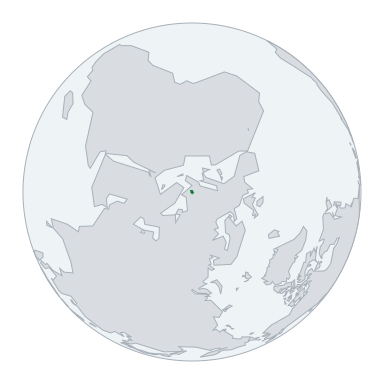 the Earth from above Pazardzhik, rotated 149°
{"feature_id": "BGR-2234", "entity_name": "Pazardzhik", "entity_type": "Province", "adm_level": 1, "iso_a3": "BGR", "parent_name": "Bulgaria", "parent_adm1": "", "projection": "orthographic", "projection_center": [24.121, 42.158], "detail": "fine", "context": "on_globe", "style": "filled", "palette": "green", "viewbox_px": 384, "rotation_deg": 149, "n_neighbors": 0, "source": "natural_earth", "source_scale": "10m", "svg_char_len": 10909}
<svg xmlns="http://www.w3.org/2000/svg" viewBox="0 0 384 384"><g transform="rotate(149 192 192)"><circle cx="192" cy="192" r="169" fill="#eef3f6" stroke="#a8b0b8"/><path d="M128.0,35.6L133.7,34.0L128.9,35.7L131.6,35.1L137.8,33.1L141.2,31.9L158.9,30.0L179.5,28.0L185.7,26.5L184.6,27.9L196.2,24.8L207.2,24.9L194.9,25.5L193.8,26.2L201.3,26.4L201.8,27.2L205.7,27.9L205.5,29.0L198.4,29.7L198.1,30.6L203.5,30.7L206.7,32.2L198.9,31.8L203.8,34.5L192.7,37.1L171.8,36.6L165.7,40.4L144.5,46.6L146.5,47.6L139.7,51.1L139.5,53.6L135.7,54.4L138.9,55.8L142.5,54.6L145.1,54.9L145.3,56.4L140.4,57.5L139.6,57.0L138.2,58.1L135.7,58.1L137.1,59.0L131.1,60.5L137.3,61.3L132.7,64.4L128.7,64.8L128.8,61.7L119.7,56.4L115.6,56.5L109.8,59.4L99.4,70.9L95.0,72.6L89.3,77.1L91.8,77.4L97.2,74.0L100.4,75.9L106.6,72.0L108.8,72.4L115.3,69.9L114.6,73.7L110.4,78.8L105.0,81.2L103.0,83.7L108.4,84.4L98.6,92.2L92.5,103.5L90.0,105.4L84.5,103.1L83.9,95.1L76.9,93.6L81.7,98.2L75.2,103.5L74.2,106.0L74.7,108.1L77.3,107.6L75.1,110.4L69.5,106.5L71.4,103.9L73.2,105.0L72.8,101.5L69.0,99.6L66.0,102.7L63.5,97.7L61.3,100.0L59.5,100.5L63.2,96.9L56.6,103.4L53.1,100.9L44.0,113.0L52.6,99.4L55.5,94.3L58.2,89.6L56.7,91.4L62.4,83.7L63.1,82.8L72.2,72.8L82.1,63.7L92.7,55.3L103.9,47.8L115.7,41.2L128.0,35.6ZM28.1,150.8L28.2,150.5L27.9,153.7L26.0,160.9L27.2,157.8L26.0,164.6L26.4,176.5L25.9,177.2L25.9,196.1L28.9,211.3L29.6,219.3L28.9,221.2L30.6,226.2L30.7,228.4L40.2,247.7L47.3,261.5L48.6,268.9L45.6,270.8L49.9,283.1L48.4,281.1L42.3,270.4L37.0,259.3L32.5,247.8L28.9,236.1L26.1,224.1L24.2,211.9L23.2,199.7L23.1,187.4L23.9,175.1L25.6,162.9L28.1,150.8ZM41.7,116.3L35.2,133.2L36.5,127.5L38.8,122.5L42.0,115.1L43.9,110.9L41.7,116.3ZM44.2,115.0L45.1,112.6L44.5,114.5L44.2,115.0ZM142.6,31.4L137.8,33.0L132.1,34.7L136.0,33.2L142.6,31.4ZM153.6,29.1L151.5,29.9L148.7,29.9L150.8,29.4L153.6,29.1ZM190.1,25.4L186.1,25.6L189.8,25.2L190.1,25.4ZM206.2,27.8L207.2,27.6L208.8,28.1L206.2,27.8ZM115.2,68.1L115.2,69.0L114.0,69.0L115.2,68.1ZM118.0,66.3L116.6,65.6L117.7,64.6L118.6,65.1L118.0,66.3ZM210.1,30.4L212.4,31.4L208.8,30.4L210.1,30.4ZM119.5,67.4L119.9,63.1L121.9,61.5L126.8,61.9L119.5,67.4ZM212.9,32.2L218.5,35.1L221.2,34.7L216.8,37.9L213.5,34.1L208.7,32.8L212.1,32.9L212.9,32.2ZM143.5,53.6L139.7,54.9L142.7,52.5L143.5,53.6ZM144.8,52.0L150.2,44.9L155.9,43.9L152.9,46.4L160.2,44.3L160.4,47.3L156.4,49.1L152.7,49.1L155.6,50.3L144.8,52.0ZM213.4,39.4L213.7,40.4L212.1,39.5L213.4,39.4ZM146.4,54.8L146.9,53.3L152.0,52.4L151.7,55.2L150.2,54.6L146.4,54.8ZM162.1,42.5L165.8,42.4L166.9,44.8L168.5,45.1L160.9,47.3L162.1,42.5ZM149.1,55.5L151.5,56.7L149.3,58.5L146.1,56.2L149.1,55.5ZM153.4,51.0L155.7,50.7L154.3,51.8L153.4,51.0ZM142.9,66.3L143.5,64.3L146.2,63.6L142.9,66.3ZM152.5,57.0L153.2,56.3L154.3,55.9L155.4,57.0L152.5,57.0ZM162.2,49.0L161.9,50.1L165.4,48.2L166.4,50.1L161.1,51.3L163.8,51.6L164.1,52.2L159.5,52.5L162.2,49.0ZM159.8,57.0L153.4,59.5L151.8,63.3L149.3,63.9L152.5,57.9L159.8,57.0ZM160.0,54.3L159.3,56.1L156.6,55.9L155.5,54.6L160.0,54.3ZM168.9,51.0L168.8,47.7L169.9,47.6L168.9,51.0ZM159.8,58.0L161.3,57.4L160.0,58.3L159.8,58.0ZM166.7,53.1L166.5,51.9L167.8,51.8L166.7,53.1ZM164.6,57.3L162.5,58.0L161.7,57.1L164.6,57.3ZM166.0,55.4L167.8,55.5L162.6,56.3L165.7,54.9L166.0,55.4ZM168.0,53.2L168.7,52.7L167.9,53.7L168.0,53.2ZM169.0,60.5L162.6,61.8L160.7,59.6L167.2,58.7L169.0,60.5ZM93.8,268.3L83.2,242.0L88.2,235.3L88.9,224.6L123.3,198.5L130.8,203.0L158.1,203.2L161.6,205.2L158.5,213.9L179.2,226.4L185.6,219.3L204.1,224.7L216.3,223.4L220.3,206.2L200.3,208.0L196.7,199.9L212.5,191.3L229.9,189.9L229.0,186.8L217.9,181.0L221.7,174.3L214.0,178.5L217.2,181.5L212.5,184.3L209.2,181.8L210.7,179.4L205.4,178.4L199.7,190.6L202.4,195.0L188.6,197.6L191.8,205.3L188.1,208.9L181.4,197.3L181.9,193.0L169.5,180.0L167.7,184.7L179.3,197.4L175.8,196.4L173.4,203.4L172.4,197.2L160.3,182.6L147.7,183.8L132.0,198.8L124.6,198.4L118.3,192.9L123.8,175.7L139.7,178.6L141.8,173.1L138.4,163.6L143.5,165.5L144.1,162.2L150.1,162.9L158.3,156.1L164.3,156.1L167.4,146.1L170.9,145.0L168.1,151.1L169.4,155.5L184.4,155.9L187.2,153.8L188.0,147.5L192.0,148.6L190.8,142.5L199.4,139.9L188.0,138.1L188.6,131.3L193.6,126.1L191.7,123.7L183.5,132.3L182.1,136.1L184.2,139.8L178.5,150.6L173.4,152.2L171.6,140.1L164.1,141.2L166.0,131.8L187.0,113.4L195.8,109.9L210.9,117.9L208.9,122.3L202.6,121.4L208.6,128.3L208.0,124.8L211.4,125.9L212.8,120.2L215.2,120.8L212.4,114.5L215.6,114.6L217.3,118.6L222.1,110.7L228.6,109.7L228.5,107.7L226.6,105.8L236.1,106.0L235.6,104.6L232.3,103.9L229.2,100.7L227.3,95.3L230.7,95.6L231.9,97.6L239.3,102.6L241.8,108.3L243.0,107.9L241.6,103.1L232.6,96.9L230.5,93.6L235.1,95.9L233.3,94.8L233.3,93.3L236.6,92.2L231.6,89.5L227.5,73.7L233.3,70.5L237.9,74.0L238.6,64.7L245.1,62.7L242.1,62.0L240.3,57.6L238.3,58.1L236.6,57.5L231.2,47.4L232.6,45.7L226.8,41.4L225.2,41.1L223.9,42.1L216.8,37.9L221.2,34.7L224.6,35.4L225.1,33.3L232.6,35.3L239.2,36.4L247.2,40.4L251.6,41.2L251.3,40.3L257.1,41.1L270.2,46.3L261.0,45.8L241.7,40.6L249.7,42.8L248.3,43.6L251.5,45.3L257.1,47.0L257.5,46.4L268.7,57.1L283.1,66.3L281.0,61.6L284.0,61.2L298.5,69.5L318.3,91.7L322.5,93.0L325.6,96.0L328.2,101.2L323.8,96.8L322.7,98.3L319.8,95.3L322.5,102.7L318.5,98.7L322.6,106.8L325.7,108.3L324.7,102.9L330.0,112.2L334.4,113.1L339.6,119.6L347.7,140.3L349.0,152.4L350.1,155.3L348.2,155.9L349.4,165.0L355.8,172.1L356.9,176.2L357.0,190.7L356.4,188.0L351.5,189.7L353.2,200.7L357.0,201.8L358.4,208.7L356.6,210.9L354.9,205.2L353.1,205.6L351.7,196.6L346.6,187.2L344.7,194.6L343.0,189.3L335.7,183.9L331.9,194.2L327.0,218.4L329.4,232.3L326.4,241.6L315.3,228.4L309.9,216.4L306.2,220.5L294.6,214.0L275.5,223.0L272.5,220.1L269.0,223.5L260.7,222.5L256.0,217.2L251.2,219.3L263.7,232.8L268.8,230.5L272.7,222.2L275.3,227.6L283.2,229.7L275.5,247.6L246.7,269.0L243.4,258.8L219.2,231.5L219.7,227.7L219.6,227.3L219.2,226.6L217.5,232.9L213.2,227.0L226.6,247.6L229.0,256.6L246.3,269.7L244.7,271.8L250.2,273.8L267.0,264.7L267.2,268.2L259.5,286.4L235.8,311.3L238.7,322.3L236.7,331.5L221.4,339.3L222.3,344.7L214.4,347.4L213.6,350.2L207.0,353.3L196.1,356.0L178.0,355.7L177.2,353.8L168.7,348.8L157.0,334.0L161.9,327.2L160.4,320.8L147.4,303.8L150.3,295.0L146.7,290.4L139.3,290.1L135.1,284.4L130.6,283.3L102.5,278.3L93.8,268.3ZM111.8,215.1L111.0,218.3L111.8,215.1ZM248.8,197.0L258.9,194.7L253.5,185.2L257.0,183.6L253.9,181.1L253.1,184.5L245.4,177.4L249.5,172.9L247.9,168.5L244.4,169.1L238.1,178.6L249.1,188.7L247.1,193.7L248.8,197.0ZM26.5,176.8L26.3,179.6L26.0,177.7L26.5,176.8ZM35.4,129.4L34.6,131.9L33.8,134.2L34.2,132.7L35.4,129.4ZM31.8,149.9L31.5,153.4L31.3,150.9L31.8,149.9ZM34.4,135.8L32.0,147.5L31.7,143.7L33.4,136.5L32.9,139.8L34.4,135.8ZM42.0,117.5L41.2,119.5L40.6,120.2L42.0,117.5ZM43.7,116.4L43.8,115.9L44.7,114.2L43.7,116.4ZM75.5,103.7L75.9,104.1L75.8,106.5L74.7,106.1L75.5,103.7ZM82.6,113.9L78.9,118.2L80.7,114.7L78.4,114.7L79.4,107.6L88.7,106.0L84.3,107.9L82.6,113.9ZM83.3,98.3L81.7,102.6L83.1,98.0L83.3,98.3ZM141.3,144.4L143.3,147.0L141.1,150.6L133.4,151.6L136.6,146.4L141.3,144.4ZM146.8,150.1L147.1,138.3L151.9,137.6L149.2,139.9L152.3,140.6L148.7,144.6L153.0,155.8L151.3,159.7L138.0,158.8L143.3,156.8L140.9,154.2L146.8,150.1ZM139.6,113.1L139.8,109.0L149.9,112.6L148.5,116.1L140.8,117.1L137.9,113.5L139.6,113.1ZM128.0,69.3L127.5,68.1L128.8,67.7L130.4,68.3L128.0,69.3ZM143.0,65.4L132.0,74.2L130.8,73.2L125.8,80.0L120.6,80.1L124.0,75.6L116.3,81.1L117.4,77.1L112.5,81.2L120.6,71.2L121.2,68.2L122.5,71.4L127.2,71.3L129.4,70.3L136.2,65.5L139.8,59.3L145.0,58.5L147.8,59.6L147.7,60.9L144.3,60.9L146.7,62.8L141.7,63.9L143.0,65.4ZM176.9,77.9L173.0,76.5L176.8,82.0L171.9,82.5L172.7,83.1L169.2,85.1L166.2,88.8L164.0,88.4L163.8,90.0L161.5,91.5L160.5,93.7L156.1,94.0L154.6,96.7L153.3,95.3L151.8,100.0L151.0,96.6L147.9,98.5L150.4,100.8L129.0,98.8L120.7,101.1L114.2,105.1L113.6,99.3L119.3,92.2L127.9,85.6L136.0,84.4L134.3,82.3L137.6,81.1L137.6,83.3L139.6,79.3L142.4,79.1L150.1,74.3L151.3,69.2L154.2,67.5L155.1,69.4L157.3,66.4L160.9,69.0L163.0,67.9L168.7,69.5L169.2,74.1L171.5,72.6L175.9,73.9L176.9,77.9ZM170.5,61.1L172.2,66.0L170.4,68.8L161.3,64.9L158.9,65.5L153.0,63.5L155.8,59.6L157.2,60.5L159.3,60.5L157.5,61.7L160.4,60.7L162.5,62.0L165.3,61.7L165.1,63.3L170.5,61.1ZM165.4,202.1L168.0,202.7L172.2,202.6L170.7,207.2L165.4,202.1ZM156.9,192.3L159.3,191.9L159.3,198.0L156.6,197.5L156.9,192.3ZM160.6,186.8L159.4,191.4L158.4,188.6L160.6,186.8ZM170.3,150.5L172.8,149.9L173.1,151.4L171.7,153.6L170.3,150.5ZM187.3,95.7L185.4,94.1L186.1,93.4L184.8,88.6L188.4,88.1L190.5,90.8L187.3,95.7ZM216.9,209.6L213.4,213.2L211.6,211.8L213.1,210.8L216.9,209.6ZM191.0,211.0L196.9,213.0L190.5,212.2L191.0,211.0ZM191.0,94.4L190.0,92.4L192.4,93.4L191.0,94.4ZM190.9,87.5L193.7,88.2L188.7,87.5L190.9,87.5ZM264.4,322.9L251.8,339.5L244.2,341.5L243.3,338.3L248.4,329.1L257.4,324.1L262.0,318.6L264.4,322.9ZM358.3,221.6L357.8,224.1L358.4,220.7L359.2,216.6L358.3,221.6ZM358.3,221.1L356.6,223.1L351.2,216.5L353.2,212.9L358.2,212.0L358.0,214.6L359.1,214.5L358.3,221.1ZM360.5,204.8L360.3,206.1L360.3,201.3L360.3,196.4L360.6,193.8L359.5,171.0L359.6,170.3L360.9,187.5L360.5,204.8ZM330.1,233.1L333.6,238.4L331.7,241.7L330.1,233.1ZM357.3,158.2L358.9,167.8L356.9,156.9L357.3,158.2ZM355.1,149.4L355.9,151.7L355.4,150.9L355.1,149.4ZM351.7,159.0L351.5,162.5L350.7,160.7L350.4,155.2L351.7,159.0ZM343.5,125.3L346.6,130.6L347.6,133.0L346.0,131.1L343.5,125.3ZM220.0,89.7L217.8,96.7L218.6,102.0L222.7,105.0L216.0,104.0L214.7,95.9L220.0,89.7ZM226.2,75.5L222.5,73.3L224.7,72.5L225.8,73.0L226.2,75.5ZM223.6,75.4L218.1,75.9L216.4,73.6L221.1,73.6L223.6,75.4ZM204.6,84.7L203.7,86.7L201.8,85.8L204.6,84.7ZM356.2,152.2L356.8,154.8L355.2,148.4L355.5,149.4L356.2,152.2ZM356.6,154.0L355.8,151.2L355.5,149.5L356.6,154.0ZM354.3,145.0L353.8,143.5L354.0,144.0L354.3,145.0ZM353.8,145.3L354.4,145.7L355.0,149.5L351.2,139.9L350.6,137.1L353.8,145.3ZM326.5,93.4L324.5,91.6L323.0,88.8L324.8,90.8L326.5,93.4ZM316.0,79.1L321.9,87.5L326.2,94.9L326.6,94.4L330.8,99.7L328.2,98.3L322.6,90.1L319.9,85.3L316.1,81.4L312.0,76.4L307.6,73.1L304.7,70.2L307.9,71.9L316.0,79.1ZM305.8,71.9L296.6,65.5L295.3,62.4L297.0,63.1L301.8,67.3L302.2,68.6L305.8,71.9ZM294.0,63.1L294.3,64.5L281.5,60.2L278.5,58.6L287.5,59.7L288.3,61.1L291.7,62.9L294.0,63.1ZM215.5,40.3L213.9,40.4L214.7,39.7L215.5,40.3ZM235.6,57.9L233.5,56.9L234.5,56.0L235.6,57.9ZM228.3,53.8L228.7,55.5L226.9,53.6L228.3,53.8ZM229.6,59.6L228.1,56.2L231.6,59.7L229.6,59.6Z" fill="#d9dde1" stroke="#a8b0b8" stroke-width="1"/><path d="M192.6,190.8L192.6,191.1L192.7,191.3L192.8,191.5L192.7,191.6L192.8,191.7L192.8,191.8L192.9,192.0L192.7,192.1L192.7,192.3L192.7,192.5L192.7,192.8L192.4,193.0L192.2,193.2L192.2,193.3L192.1,193.2L191.9,193.1L192.0,193.2L192.0,193.3L191.9,193.4L191.6,193.1L191.4,193.1L191.3,192.9L191.3,192.7L191.2,192.7L191.3,192.4L191.3,192.2L191.2,192.0L191.2,191.9L191.3,191.9L191.5,191.7L191.6,191.4L191.8,191.3L191.9,191.2L191.7,191.1L191.5,190.9L191.8,190.8L192.0,190.8L192.1,190.7L192.3,190.6L192.5,190.8L192.6,190.8Z" fill="#22c55e" stroke="#15803d" stroke-width="1.5"/></g></svg>